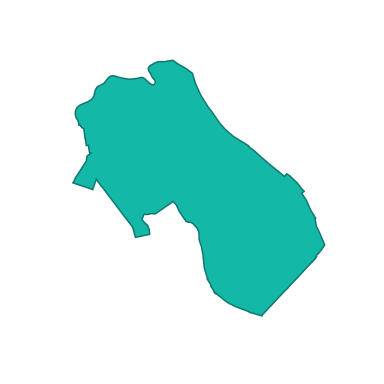 the district of Chirnogi, Calarasi, Romania, rotated 235°
{"feature_id": "2599482B29900557308409", "entity_name": "Chirnogi", "entity_type": "district", "adm_level": 2, "iso_a3": "ROU", "parent_name": "Romania", "parent_adm1": "Calarasi", "projection": "mercator", "projection_center": [26.509, 44.098], "detail": "fine", "context": "isolated", "style": "filled", "palette": "teal", "viewbox_px": 384, "rotation_deg": 235, "n_neighbors": 0, "source": "geoboundaries", "source_scale": "gbopen_adm2", "svg_char_len": 5118}
<svg xmlns="http://www.w3.org/2000/svg" viewBox="0 0 384 384"><g transform="rotate(235 192 192)"><path d="M51.1,179.2L51.2,179.5L51.3,180.4L51.8,183.1L52.0,184.0L52.2,184.9L53.1,188.8L53.4,190.8L53.8,192.8L54.9,197.8L55.9,202.5L56.6,205.9L57.2,208.6L57.7,211.2L58.1,213.1L58.2,214.8L58.4,215.7L58.7,216.3L61.1,228.2L62.6,235.0L63.4,238.8L64.0,241.6L65.4,248.2L65.7,250.0L66.0,251.6L66.6,253.9L66.6,254.5L66.7,254.9L66.8,254.9L67.5,256.8L67.6,257.1L67.8,257.1L68.2,257.0L68.4,256.9L69.4,260.1L69.0,260.2L70.7,265.8L71.7,268.1L72.6,270.4L80.6,272.1L82.1,272.4L82.4,272.5L82.9,272.6L85.2,273.1L92.6,274.2L97.2,276.4L97.6,276.5L99.6,277.5L99.5,278.2L109.5,278.9L119.2,280.9L128.1,281.2L128.2,284.3L129.1,284.2L129.4,284.1L129.6,284.1L131.5,283.7L138.9,283.4L149.0,281.4L152.6,280.1L151.7,276.7L160.6,274.2L161.0,274.0L166.0,272.6L168.8,271.8L180.9,268.7L188.8,266.9L192.6,265.8L192.8,265.7L193.1,265.6L196.6,264.5L196.8,265.0L200.1,263.7L204.2,261.9L213.4,257.9L223.4,255.3L224.3,255.1L224.6,255.1L224.9,255.1L233.0,254.2L246.3,254.3L252.9,254.0L256.1,254.2L256.5,254.2L259.0,254.3L266.3,254.7L278.7,257.0L286.4,259.5L287.9,260.0L288.3,260.1L288.5,260.1L289.0,260.4L296.9,257.8L304.7,254.0L311.0,251.8L311.8,250.0L312.8,247.9L314.6,244.0L316.6,241.5L317.9,239.3L318.6,237.6L319.0,236.0L319.2,233.8L319.4,231.9L319.4,229.4L318.8,227.8L318.4,227.2L317.9,226.8L316.5,226.2L315.6,226.0L314.4,226.0L312.5,225.9L310.3,225.4L308.9,225.3L307.6,225.4L306.3,225.5L305.2,225.6L304.5,225.6L304.0,225.4L303.3,225.1L302.8,224.7L302.2,223.8L301.9,222.7L301.8,222.2L302.1,221.7L302.6,221.0L303.6,220.4L304.9,219.8L306.3,219.4L308.4,219.0L310.1,218.6L311.4,218.3L312.9,217.9L313.8,217.4L314.5,216.8L315.4,214.9L316.4,212.6L318.3,208.8L319.9,205.9L322.1,203.4L324.3,201.2L329.3,196.7L331.6,195.1L332.9,193.6L333.6,191.9L333.6,189.4L332.9,186.6L331.6,182.8L331.7,180.3L331.9,178.6L332.4,175.6L332.2,173.9L330.8,171.1L329.6,169.6L327.1,167.0L326.1,165.0L325.6,163.2L325.5,161.5L325.5,159.7L325.6,158.4L326.1,156.6L326.6,154.2L327.4,149.7L327.4,148.2L327.1,146.4L325.8,143.8L323.9,141.8L321.3,140.4L319.4,139.7L316.3,139.5L315.8,139.4L314.6,139.1L314.2,139.1L313.4,138.7L311.9,138.1L311.6,137.7L311.2,138.2L310.9,138.8L310.4,138.7L309.9,138.5L309.7,138.5L309.1,138.7L308.9,138.8L308.6,138.8L308.4,138.7L308.1,138.6L307.9,138.6L306.1,139.8L302.8,138.1L302.4,137.9L300.8,137.1L300.4,136.8L300.1,136.7L299.6,136.4L299.1,136.1L298.7,135.9L298.3,135.7L297.2,135.0L297.0,135.3L290.7,132.1L289.7,133.9L288.4,133.2L282.9,130.6L282.5,131.2L282.2,131.7L281.9,131.9L281.5,130.8L281.5,130.6L281.7,128.6L281.8,127.3L281.7,126.9L281.4,126.5L278.1,123.2L277.7,122.5L275.4,116.8L273.7,112.7L271.6,107.6L270.1,103.9L269.3,102.9L268.7,101.8L268.5,101.5L268.2,100.8L268.0,100.3L268.0,100.0L267.9,99.7L267.0,100.3L266.3,100.8L265.2,101.6L264.3,102.2L262.0,104.0L259.6,105.7L257.0,107.8L255.4,109.0L253.8,110.0L251.2,111.8L250.9,112.0L251.0,112.1L252.3,113.9L253.4,115.5L254.6,117.1L257.2,120.8L256.8,120.8L256.3,120.9L254.8,120.9L254.4,120.9L253.9,120.9L253.1,120.9L252.0,120.9L251.2,121.0L250.0,121.0L248.6,121.1L247.1,121.2L246.2,121.3L244.6,121.4L243.5,121.4L241.6,121.5L239.3,121.5L238.6,121.6L237.7,121.6L236.7,121.6L235.8,121.6L232.8,121.8L231.5,121.8L228.5,122.0L224.5,122.1L210.8,122.6L201.2,123.0L198.1,123.2L197.3,123.2L197.0,123.1L193.2,121.8L193.0,121.7L192.8,121.6L189.1,120.4L187.3,119.7L186.0,122.6L185.3,124.3L185.2,124.7L184.7,125.8L184.5,126.1L184.4,126.5L184.1,127.1L184.0,127.3L183.3,129.1L183.1,129.6L182.1,131.7L181.8,132.5L181.6,133.0L186.0,135.7L186.7,135.6L187.5,135.7L188.4,136.0L189.0,136.1L189.6,136.4L189.9,136.4L190.2,136.5L191.1,136.3L191.7,136.2L192.2,135.9L192.4,135.9L192.6,135.8L193.1,135.8L193.5,135.8L194.0,135.7L194.4,135.6L194.8,135.5L195.3,135.3L195.8,135.3L196.7,135.4L197.3,135.4L197.5,135.4L198.0,135.1L199.2,136.7L200.9,139.5L201.3,140.3L200.9,140.8L200.6,141.0L200.1,141.3L199.9,141.5L199.7,141.7L199.5,141.9L198.7,143.6L197.5,146.4L195.1,149.5L195.1,154.9L195.1,159.0L195.1,162.2L195.0,165.6L195.0,166.5L195.0,166.8L195.1,170.3L195.1,171.3L194.0,171.2L190.6,171.7L182.8,170.4L181.3,170.3L175.5,170.3L173.7,170.4L171.6,170.2L171.3,170.3L171.3,170.5L169.9,171.2L169.6,171.4L168.1,173.2L167.9,173.4L166.0,174.6L159.5,175.4L156.5,174.9L153.9,173.9L153.2,173.5L151.3,172.1L150.0,171.2L148.3,170.3L146.4,169.7L143.5,168.9L141.5,168.3L139.1,167.1L137.7,166.5L135.5,165.5L134.4,165.1L133.7,164.7L133.0,164.3L131.9,163.7L131.0,163.1L122.3,158.3L120.9,157.9L114.2,155.7L112.5,155.6L112.3,154.6L109.7,154.4L107.1,154.3L106.3,154.2L104.0,153.9L104.1,153.4L103.3,153.3L100.8,153.3L100.3,153.3L98.6,153.2L98.2,153.0L97.2,153.1L97.2,152.7L96.2,152.7L96.3,153.1L94.9,153.1L94.9,153.6L94.0,153.7L91.2,154.6L90.1,155.0L87.3,155.9L87.1,155.9L86.4,156.1L85.1,156.3L84.7,156.5L84.2,156.7L82.8,157.1L82.5,157.2L78.1,159.1L77.6,159.5L77.1,160.0L76.8,160.1L76.5,160.3L76.2,160.5L75.8,160.7L75.5,160.7L74.7,161.1L73.8,161.5L72.7,162.2L72.4,162.4L71.4,163.1L66.8,166.2L66.0,166.8L63.1,168.8L61.9,169.6L60.4,170.2L58.9,171.2L58.5,171.6L57.2,172.8L50.4,178.2L50.7,178.7L51.1,179.2Z" fill="#14b8a6" stroke="#0f766e" stroke-width="1.5"/></g></svg>